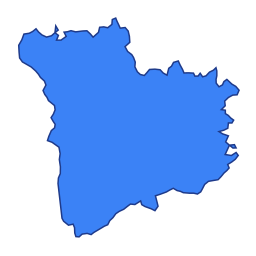 Boituva, São Paulo, Brazil, rotated 181°
{"feature_id": "56859067B19813676831421", "entity_name": "Boituva", "entity_type": "district", "adm_level": 2, "iso_a3": "BRA", "parent_name": "Brazil", "parent_adm1": "São Paulo", "projection": "orthographic", "projection_center": [-47.684, -23.285], "detail": "fine", "context": "isolated", "style": "filled", "palette": "blue", "viewbox_px": 256, "rotation_deg": 181, "n_neighbors": 0, "source": "geoboundaries", "source_scale": "gbopen_adm2", "svg_char_len": 2439}
<svg xmlns="http://www.w3.org/2000/svg" viewBox="0 0 256 256"><g transform="rotate(181 128 128)"><path d="M202.7,222.0L206.1,218.9L211.0,217.5L215.6,219.5L219.1,222.4L221.7,225.6L224.9,222.9L228.4,221.0L233.7,220.1L235.7,214.3L238.7,208.8L238.2,201.7L237.6,196.1L234.7,192.2L229.4,189.3L225.8,187.3L221.3,183.4L218.4,180.1L216.4,177.0L212.4,173.5L210.8,169.5L213.6,164.0L211.8,160.1L209.5,157.2L208.0,154.0L201.9,149.2L201.2,144.9L202.9,140.5L205.1,137.0L202.9,133.3L200.9,130.4L201.4,126.9L204.6,124.1L207.0,118.3L208.3,114.0L203.7,112.4L199.9,109.8L196.7,107.6L195.4,101.2L196.1,95.3L194.9,88.0L194.9,81.2L196.7,76.8L197.0,71.3L192.4,36.6L190.7,33.6L185.8,29.8L181.2,30.9L179.7,27.4L179.4,22.1L178.2,18.5L175.0,18.3L172.0,21.1L167.0,21.9L163.0,20.8L160.3,23.0L155.4,26.0L149.8,29.5L146.6,30.9L144.6,35.1L141.5,38.1L138.7,42.1L135.3,44.5L130.8,46.7L127.3,49.6L124.2,52.0L119.8,51.6L114.1,55.3L112.9,51.6L109.7,49.8L103.3,47.6L99.6,45.8L96.6,50.3L97.7,54.5L99.4,60.7L94.7,62.3L88.5,64.7L85.2,66.7L81.7,68.5L77.8,66.3L74.5,65.6L71.6,64.3L65.3,63.9L61.3,64.0L57.4,63.2L54.2,65.4L52.7,68.2L50.4,72.9L46.6,76.1L41.8,77.0L37.0,77.9L34.3,80.8L31.2,84.7L28.4,87.2L26.2,89.8L27.7,93.3L23.6,95.9L20.1,98.7L17.3,102.5L19.5,105.4L24.2,102.3L30.4,103.2L26.3,112.6L30.1,115.8L27.5,121.9L33.3,123.8L37.0,126.0L32.1,127.5L28.2,129.5L27.7,134.8L24.2,134.8L22.5,137.7L25.6,139.9L27.9,142.3L30.9,144.1L31.0,147.5L35.0,148.0L31.2,151.9L31.8,156.6L28.1,160.3L23.9,162.7L19.5,163.1L17.6,167.7L21.0,171.5L24.9,173.7L30.0,178.3L32.9,176.1L34.3,172.8L37.7,170.8L40.6,174.4L40.8,178.1L40.1,181.8L40.2,186.6L41.1,189.8L43.6,187.3L47.5,185.3L50.9,181.5L54.3,180.5L56.8,184.0L58.8,181.2L62.0,181.0L63.5,184.0L68.4,184.2L73.0,184.0L74.5,187.5L77.0,191.9L78.9,195.9L83.6,194.4L85.6,190.5L88.3,188.4L89.9,181.5L93.8,183.6L96.9,186.8L102.1,187.3L107.5,186.9L110.2,183.5L112.6,180.8L116.6,181.7L119.6,184.3L122.2,189.3L121.9,194.0L123.7,198.6L125.5,201.4L129.7,204.5L132.4,209.3L127.7,213.7L128.2,219.7L129.5,224.9L132.6,228.4L137.5,227.7L139.2,231.2L140.9,234.6L142.2,237.7L145.6,236.2L145.9,231.3L150.0,227.9L154.0,228.7L158.1,228.2L159.2,223.1L164.5,218.2L167.3,221.4L170.8,224.5L175.0,224.2L182.0,223.2L186.7,224.3L190.1,223.2L193.6,222.7L191.4,218.5L196.5,214.7L201.0,214.6L199.2,219.4L202.7,222.0ZM26.3,112.6L22.7,109.8L19.6,110.0L21.3,113.2L26.3,112.6ZM202.7,222.0L199.5,224.7L202.0,228.8L202.7,222.0Z" fill="#3b82f6" stroke="#1e3a8a" stroke-width="1.5"/></g></svg>